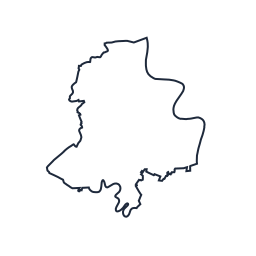 Kien Thuy, Hải Phòng, Vietnam (Equal Earth projection), rotated 217°
{"feature_id": "81297802B29420287983322", "entity_name": "Kien Thuy", "entity_type": "district", "adm_level": 2, "iso_a3": "VNM", "parent_name": "Vietnam", "parent_adm1": "Hải Phòng", "projection": "equal_earth", "projection_center": [106.673, 20.734], "detail": "fine", "context": "isolated", "style": "outline", "palette": "slate", "viewbox_px": 256, "rotation_deg": 217, "n_neighbors": 0, "source": "geoboundaries", "source_scale": "gbopen_adm2", "svg_char_len": 5642}
<svg xmlns="http://www.w3.org/2000/svg" viewBox="0 0 256 256"><g transform="rotate(217 128 128)"><path d="M51.4,141.0L52.7,142.4L53.9,144.0L55.0,145.6L55.3,146.0L55.7,146.6L56.4,147.6L57.6,150.2L58.3,151.6L59.5,154.2L60.0,155.5L61.1,158.4L61.7,159.9L62.9,162.8L63.3,164.1L64.2,167.0L64.7,168.3L65.8,171.1L66.5,172.6L67.5,174.6L67.9,175.0L68.9,176.8L70.3,178.2L71.4,178.9L72.6,179.4L73.9,179.6L75.4,179.5L76.6,179.3L78.3,178.7L79.6,177.6L81.5,175.5L83.1,173.7L84.3,172.5L85.8,171.2L86.9,170.1L88.1,169.3L90.8,167.6L91.7,166.9L92.9,166.5L93.5,166.3L95.5,166.1L97.7,166.2L99.2,166.6L100.7,167.7L102.9,170.1L103.7,171.4L104.6,173.4L105.2,175.8L105.6,179.0L105.9,187.2L106.2,190.7L107.0,192.9L107.9,194.4L109.2,195.4L110.6,195.9L111.1,196.0L112.4,195.8L114.0,195.5L116.3,194.9L118.6,194.2L120.4,193.4L124.3,191.3L127.7,189.0L135.8,183.6L137.5,183.2L141.1,182.9L144.1,183.3L146.6,184.4L148.6,185.9L151.1,188.4L152.8,190.6L154.7,193.2L158.2,200.1L161.0,204.7L163.4,207.7L165.0,209.3L167.4,211.3L174.8,199.8L180.9,197.2L182.2,196.3L184.3,194.5L187.7,191.7L190.1,189.5L192.5,186.4L194.4,184.9L196.4,183.3L196.9,182.1L197.1,181.8L197.5,181.5L196.6,180.2L194.1,179.5L191.9,178.7L191.0,178.1L190.7,177.8L190.6,177.5L190.6,177.1L190.7,176.9L190.8,176.6L191.4,175.7L192.1,174.4L192.2,174.2L192.6,174.0L192.8,173.8L192.9,173.5L193.0,171.7L193.0,170.9L193.0,170.4L192.7,168.7L192.8,167.9L193.0,167.6L194.9,166.5L195.3,166.3L196.5,164.7L196.8,164.4L197.3,164.2L199.1,163.2L199.4,162.9L199.6,162.5L199.7,161.6L199.7,161.2L199.6,160.9L199.5,160.6L198.3,158.5L198.0,158.1L198.0,157.8L198.1,157.7L198.4,157.6L199.9,156.4L200.6,155.7L201.9,153.7L202.5,152.4L203.2,150.9L203.3,150.6L203.3,150.4L202.9,149.4L203.0,149.2L204.6,148.1L203.8,146.9L203.7,146.6L203.6,146.2L203.4,145.9L203.1,145.7L202.3,145.5L202.1,145.4L201.9,145.1L201.7,143.9L201.6,143.3L199.3,138.5L197.4,134.3L197.0,133.3L197.6,131.4L197.8,130.4L197.9,129.8L198.0,129.3L198.0,128.8L198.0,128.0L197.8,127.2L197.6,126.8L197.2,126.4L196.4,125.7L194.2,124.4L193.7,123.7L193.4,123.4L193.3,123.0L193.2,122.6L193.1,121.9L193.2,121.3L193.5,119.1L193.5,118.6L193.4,118.2L193.2,117.9L192.3,116.8L192.3,116.2L192.3,115.4L191.4,114.8L191.0,114.8L190.4,114.8L189.9,114.9L189.4,115.0L189.0,115.2L188.6,115.4L188.2,115.8L187.9,116.1L187.7,116.3L187.5,116.5L187.1,116.9L186.4,117.6L185.8,118.2L185.2,118.9L185.0,119.3L184.4,120.6L183.1,119.7L179.6,123.1L178.4,122.3L179.0,120.1L179.2,119.6L179.2,119.2L179.1,118.6L179.1,117.8L179.2,117.1L179.9,114.2L179.9,113.4L179.8,112.7L179.3,111.7L179.0,111.3L178.3,111.1L178.0,110.9L177.8,110.5L177.7,110.2L176.6,110.4L176.1,110.6L175.2,110.4L174.8,110.5L174.3,110.2L174.0,110.0L174.8,108.6L171.9,106.8L168.8,105.0L168.7,104.2L168.0,103.9L168.0,103.1L168.0,102.4L167.8,102.1L167.6,102.0L167.1,102.1L166.7,102.0L165.5,101.3L165.2,101.1L164.9,100.7L165.5,99.8L165.7,99.5L165.9,98.7L166.0,98.1L165.9,97.4L165.6,96.7L165.1,96.2L161.3,94.0L159.8,92.7L159.5,92.2L158.8,90.3L158.6,89.7L158.4,89.0L158.5,87.7L158.6,86.1L158.3,84.5L157.8,82.1L158.1,81.9L158.4,81.8L159.1,81.7L159.9,81.9L161.5,82.3L161.7,82.2L162.0,81.4L162.8,79.0L163.1,78.3L163.6,77.0L164.3,74.6L165.0,71.6L164.9,71.5L164.9,71.3L165.2,69.7L165.5,68.1L165.9,66.3L167.8,58.3L168.0,57.1L168.0,56.6L169.0,49.3L169.0,47.7L166.9,45.7L166.5,45.5L164.9,45.4L164.5,45.3L164.3,45.2L163.9,44.8L163.7,44.7L159.2,45.7L154.3,46.7L152.8,46.9L151.4,47.1L149.8,47.4L148.9,47.6L148.6,47.5L146.9,46.2L146.5,46.0L146.2,45.9L145.8,45.8L143.7,45.9L142.6,45.9L140.1,46.1L138.3,46.1L136.2,46.4L135.9,46.6L130.6,51.0L130.3,48.7L130.2,48.2L129.7,47.8L129.2,47.9L128.8,48.2L129.0,48.8L128.8,49.0L128.5,49.4L128.3,49.7L128.4,50.1L128.2,50.2L127.6,50.4L128.5,52.7L123.5,56.9L123.0,56.5L122.3,56.1L121.1,55.7L120.0,55.6L118.8,55.6L118.1,55.7L116.9,56.2L116.1,56.7L115.0,57.4L113.5,58.6L112.7,59.8L112.6,60.7L112.6,61.6L112.9,62.8L114.1,65.2L116.3,68.8L116.7,70.0L116.8,70.8L116.6,71.3L116.3,71.4L115.6,71.2L114.2,70.5L111.3,68.1L110.1,67.7L109.7,67.7L109.2,67.9L108.8,68.1L108.4,68.7L108.1,69.4L106.0,74.5L104.9,75.9L103.7,76.8L102.0,77.3L101.0,77.3L99.9,76.9L98.7,76.3L97.7,75.2L97.0,73.9L96.7,72.7L96.6,71.7L96.9,70.1L97.4,67.5L97.4,66.8L97.3,66.2L97.0,65.7L96.5,65.5L95.3,65.6L93.4,65.8L92.5,65.5L91.6,64.9L90.9,64.0L90.5,63.0L89.7,57.9L89.2,56.3L88.5,55.4L88.1,55.0L87.5,54.7L86.8,54.7L86.4,54.9L85.7,55.6L85.2,56.4L84.6,57.6L84.3,58.8L84.1,60.0L83.9,61.3L84.0,64.3L84.0,65.4L83.7,66.5L83.3,67.3L82.9,67.5L82.4,67.5L82.0,67.2L81.8,66.8L81.7,66.3L81.7,65.7L82.3,61.9L82.4,60.9L82.3,60.1L82.0,59.1L81.7,58.3L81.2,57.6L80.6,56.9L79.6,56.1L78.6,55.7L77.9,55.5L77.1,55.6L76.4,55.9L75.9,56.2L75.6,56.7L75.3,57.5L75.2,58.2L75.2,59.3L75.3,60.0L75.7,61.3L76.4,63.4L76.5,63.8L76.6,64.4L76.5,65.2L76.4,65.7L76.3,66.2L76.0,66.7L75.6,67.2L75.0,67.8L74.5,68.2L72.9,69.2L73.0,70.1L73.0,70.3L72.9,71.1L72.3,74.6L75.6,76.4L75.9,77.7L76.6,80.1L77.2,82.6L77.8,82.7L81.1,83.9L82.5,84.5L87.0,86.4L87.0,86.9L86.9,87.1L86.7,87.2L86.5,87.4L86.4,87.6L86.5,87.7L87.8,87.8L88.0,93.2L87.3,93.3L86.9,93.9L86.7,94.0L86.1,94.0L85.9,94.1L85.1,95.6L86.1,97.1L87.5,98.8L89.7,98.9L89.6,100.7L91.0,100.6L91.0,102.1L89.7,102.1L89.8,105.1L88.3,106.3L87.2,104.2L84.3,104.7L79.1,105.8L79.1,106.2L78.9,106.3L79.0,107.1L73.0,108.8L71.8,104.7L69.0,106.3L69.0,108.8L68.7,109.1L68.3,109.3L68.8,112.5L68.0,113.2L67.8,113.3L67.8,113.9L67.8,114.3L68.3,114.1L69.0,115.1L69.7,115.9L69.7,116.4L69.4,117.0L68.1,116.2L67.7,116.1L66.1,116.6L66.4,117.6L66.0,117.8L66.4,119.0L64.4,120.6L64.6,121.2L65.1,122.1L65.3,122.3L65.6,122.6L65.8,122.9L65.9,123.4L65.9,124.0L59.4,129.3L57.3,132.2L55.4,128.7L52.6,131.3L55.2,134.6L55.4,135.1L51.4,141.0Z" fill="none" stroke="#1e293b" stroke-width="2"/></g></svg>